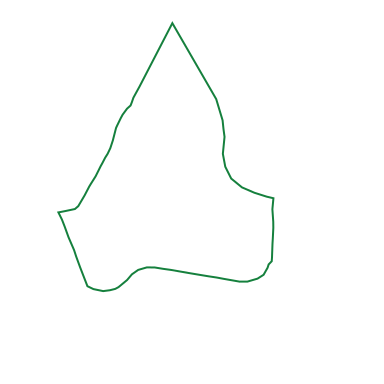 Chamkar Mon, Phnom Penh, Cambodia, rotated 301°
{"feature_id": "14789045B33698683582262", "entity_name": "Chamkar Mon", "entity_type": "district", "adm_level": 2, "iso_a3": "KHM", "parent_name": "Cambodia", "parent_adm1": "Phnom Penh", "projection": "equal_earth", "projection_center": [104.92, 11.542], "detail": "fine", "context": "isolated", "style": "outline", "palette": "green", "viewbox_px": 384, "rotation_deg": 301, "n_neighbors": 0, "source": "geoboundaries", "source_scale": "gbopen_adm2", "svg_char_len": 1058}
<svg xmlns="http://www.w3.org/2000/svg" viewBox="0 0 384 384"><g transform="rotate(301 192 192)"><path d="M167.1,100.4L163.5,100.7L155.8,101.3L146.5,101.1L143.7,101.1L133.8,101.7L121.3,101.8L117.1,100.4L110.3,93.1L105.7,88.0L101.4,94.7L96.6,100.9L89.6,109.5L81.5,120.8L77.0,126.0L69.9,134.8L62.9,143.8L57.4,150.9L58.0,157.5L61.3,166.9L65.5,172.2L69.4,176.1L72.6,178.0L83.1,181.7L90.5,182.9L97.5,186.0L104.1,192.1L108.1,198.9L111.3,206.9L114.3,213.9L120.9,231.0L125.4,242.4L128.3,249.7L131.4,257.2L134.0,264.2L139.7,279.0L143.8,285.7L151.5,292.8L157.9,296.0L166.0,295.8L169.4,295.0L173.7,296.0L176.9,294.4L182.5,291.3L189.0,287.7L193.6,285.3L203.1,280.2L208.3,277.0L218.6,269.8L228.6,265.0L226.5,258.5L223.5,245.9L221.7,232.5L223.7,218.7L230.8,207.5L240.6,198.8L256.0,191.5L262.4,186.4L269.2,181.3L284.1,164.9L326.6,88.2L255.5,92.7L247.9,93.0L242.7,93.2L238.0,94.2L234.5,94.8L230.0,93.4L222.5,92.7L218.5,92.9L210.5,93.6L207.8,93.9L195.4,97.6L187.5,99.4L181.3,100.0L176.7,99.9L170.4,100.3L167.1,100.4Z" fill="none" stroke="#15803d" stroke-width="2"/></g></svg>